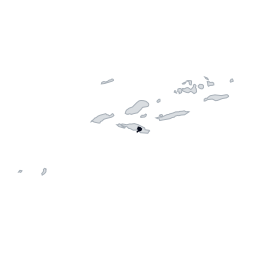 East Malaita, Malaita, Solomon Islands shown in context, rotated 134°
{"feature_id": "97153195B67887401050589", "entity_name": "East Malaita", "entity_type": "district", "adm_level": 2, "iso_a3": "SLB", "parent_name": "Solomon Islands", "parent_adm1": "Malaita", "projection": "albers", "projection_center": [160.97, -8.778], "detail": "fine", "context": "in_parent", "style": "filled", "palette": "ink", "viewbox_px": 256, "rotation_deg": 134, "n_neighbors": 0, "source": "geoboundaries", "source_scale": "gbopen_adm2", "svg_char_len": 4410}
<svg xmlns="http://www.w3.org/2000/svg" viewBox="0 0 256 256"><g transform="rotate(134 128 128)"><path d="M98.9,128.8L103.1,131.9L104.9,131.6L110.5,131.7L113.7,133.9L115.7,134.9L116.8,136.9L118.1,137.4L118.9,138.4L119.4,140.2L117.4,141.2L116.1,141.5L112.9,140.9L109.8,139.4L103.7,139.3L100.9,138.9L99.9,138.3L99.0,137.6L97.6,135.9L96.4,133.8L96.2,132.7L96.1,130.4L96.5,129.6L97.7,128.7L98.9,128.8ZM118.0,110.1L122.8,115.9L122.6,116.9L122.0,117.6L121.8,119.6L122.4,120.3L123.7,120.6L125.9,122.7L126.9,126.0L127.8,127.2L127.8,129.6L129.9,133.0L130.1,134.6L129.9,135.3L129.0,134.9L126.5,131.1L123.6,129.4L123.3,128.7L120.4,126.5L118.5,122.8L116.4,116.1L117.4,114.5L115.0,111.3L115.1,110.4L116.8,110.6L117.1,110.2L118.0,110.1ZM100.7,113.1L101.3,114.9L98.8,113.3L96.8,111.3L91.2,109.2L90.0,108.1L89.0,107.9L86.1,106.1L83.3,104.9L81.1,102.7L80.1,102.3L78.3,100.6L76.6,99.5L75.9,97.4L74.3,96.0L73.9,95.3L79.2,96.5L81.7,98.7L83.8,100.0L84.5,101.0L86.5,102.2L88.2,102.3L89.9,103.6L91.4,104.0L92.7,104.7L100.6,110.4L99.7,112.0L100.7,113.1ZM136.5,150.4L138.9,151.6L140.3,151.4L142.4,152.2L144.0,151.7L145.0,152.8L147.4,156.7L147.5,158.0L149.1,158.9L147.7,159.1L145.8,158.6L144.3,158.9L142.8,158.2L140.2,157.8L137.9,156.8L133.1,153.9L133.2,152.4L132.4,151.7L132.2,149.9L130.5,149.3L128.5,149.2L128.3,148.4L128.7,146.9L130.2,146.9L131.9,147.5L136.5,150.4ZM55.1,91.3L55.7,92.0L54.3,93.2L52.3,92.6L51.8,91.6L50.4,91.8L47.7,91.3L43.8,88.5L39.8,83.3L35.9,80.5L35.1,79.6L35.0,78.1L35.5,77.5L37.9,78.1L41.1,80.5L46.2,82.9L47.6,84.1L48.5,87.2L49.4,88.1L52.2,90.4L55.1,91.3ZM60.6,109.0L61.8,110.6L63.2,114.1L63.0,115.3L62.0,115.4L61.7,116.2L60.4,114.5L58.6,114.0L57.3,113.0L56.7,109.6L55.6,109.4L52.7,109.7L51.7,110.8L50.4,110.5L50.1,109.5L50.3,108.5L52.1,107.5L52.4,106.2L54.2,104.0L55.3,103.7L57.4,104.4L57.7,107.5L58.4,108.5L60.6,109.0ZM114.8,177.8L113.4,178.5L112.2,178.1L111.3,177.6L110.6,176.2L108.9,175.2L106.6,174.8L105.4,173.9L103.9,173.6L103.4,172.8L103.5,171.9L103.8,171.5L105.3,171.9L112.3,175.8L114.8,177.8ZM39.8,103.0L39.5,103.3L38.8,102.2L38.3,101.9L38.3,100.7L36.4,98.9L36.2,97.5L37.3,96.2L38.8,97.0L40.4,98.6L42.1,99.1L41.8,100.2L40.2,102.1L39.8,103.0ZM49.6,106.0L48.8,106.8L46.7,106.7L45.1,104.7L45.1,103.2L46.3,101.9L47.8,101.6L48.6,102.1L49.4,103.3L49.7,104.7L49.6,106.0ZM67.3,117.5L65.4,119.1L64.0,118.6L62.9,117.3L63.5,115.3L64.6,114.8L65.2,114.1L67.2,114.7L67.7,115.0L66.5,116.0L67.2,116.8L67.3,117.5ZM220.9,158.3L217.8,158.7L216.5,160.1L214.9,159.9L214.4,158.7L214.4,158.2L215.2,158.3L215.7,157.2L216.7,156.6L218.8,156.4L221.5,157.0L220.9,158.0L220.9,158.3ZM133.3,135.6L133.5,138.4L132.0,136.9L131.3,137.4L130.7,136.7L130.8,133.5L129.8,130.3L130.7,130.6L133.3,135.6ZM53.5,118.2L53.5,118.5L52.4,118.0L50.1,115.4L50.5,114.5L52.6,112.8L53.2,112.5L53.9,113.6L53.3,115.1L52.7,115.5L52.4,117.0L53.5,118.2ZM106.9,123.4L108.5,123.6L111.5,126.2L110.8,127.0L109.4,126.6L109.0,126.8L108.5,125.9L107.0,125.1L105.7,125.0L105.5,124.1L106.9,123.4ZM88.1,125.9L85.8,125.7L85.2,125.0L86.0,124.0L86.9,123.4L87.8,124.0L88.8,124.1L89.0,125.4L88.1,125.9ZM23.3,87.2L21.4,87.7L20.2,87.0L20.7,85.6L21.3,84.8L23.8,86.1L23.3,87.2ZM97.6,113.9L96.7,114.2L95.3,113.5L94.8,112.9L95.0,111.8L95.8,111.4L96.7,112.1L96.8,112.8L97.6,113.9ZM235.8,176.1L234.1,176.4L233.5,176.3L232.4,174.6L233.2,174.3L234.5,174.4L234.8,175.4L235.8,176.1ZM58.4,119.1L58.4,119.7L57.3,119.5L54.8,118.5L54.7,118.1L56.1,117.9L57.1,118.0L58.4,119.1ZM38.4,106.4L38.0,108.3L37.0,105.9L37.2,104.0L37.6,103.7L38.4,106.4ZM70.1,119.7L68.7,120.3L68.2,119.5L69.2,117.4L70.1,119.7Z" fill="#d9dde1" stroke="#a8b0b8" stroke-width="1"/><path d="M120.8,117.3L120.4,117.4L119.7,117.6L119.4,117.7L119.4,118.2L119.4,118.8L119.4,119.2L119.4,119.4L119.4,119.5L120.3,121.0L120.9,120.7L121.0,120.6L121.7,120.3L121.7,120.2L121.7,120.3L121.8,120.3L121.8,120.2L121.7,120.0L121.7,119.9L121.6,119.7L121.6,119.4L121.6,119.2L121.6,118.9L121.4,118.9L121.5,118.8L121.5,118.7L121.7,118.8L121.8,118.8L121.7,118.8L121.7,118.7L121.8,118.7L121.9,118.4L121.9,118.5L122.0,118.5L122.0,118.4L122.0,118.2L121.9,118.1L121.9,117.9L121.7,117.8L121.7,117.7L121.4,117.6L121.2,117.6L120.8,117.3ZM123.8,118.8L123.7,118.7L123.4,118.6L123.2,118.5L122.9,118.6L122.8,118.8L122.9,118.7L123.0,118.6L123.3,118.6L123.5,118.6L123.7,118.8L123.8,118.8L123.7,118.8L123.8,118.8L123.7,118.9L123.4,118.9L123.3,119.0L123.4,118.9L123.5,118.9L123.8,118.9L123.8,118.8Z" fill="#0f172a" stroke="#020617" stroke-width="1.5"/></g></svg>